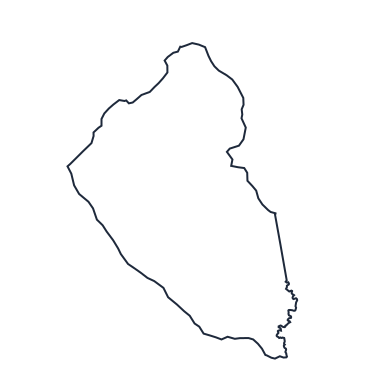 Anadiou, Paphos, Cyprus (Natural Earth projection), rotated 102°
{"feature_id": "46923920B35556705547114", "entity_name": "Anadiou", "entity_type": "district", "adm_level": 2, "iso_a3": "CYP", "parent_name": "Cyprus", "parent_adm1": "Paphos", "projection": "natural_earth1", "projection_center": [32.568, 34.955], "detail": "fine", "context": "isolated", "style": "outline", "palette": "slate", "viewbox_px": 384, "rotation_deg": 102, "n_neighbors": 0, "source": "geoboundaries", "source_scale": "gbopen_adm2", "svg_char_len": 2761}
<svg xmlns="http://www.w3.org/2000/svg" viewBox="0 0 384 384"><g transform="rotate(102 192 192)"><path d="M195.5,105.1L195.2,110.9L193.9,113.7L189.6,120.5L184.4,125.8L177.3,129.5L173.6,134.2L169.5,140.1L161.7,142.0L157.7,145.9L158.2,152.1L158.3,159.1L151.8,159.2L145.5,166.2L141.7,164.1L136.9,155.7L129.7,152.6L117.8,152.8L109.6,158.9L105.8,158.9L100.8,160.6L96.0,159.7L89.3,161.4L79.7,169.2L73.6,176.0L70.6,182.4L67.7,191.0L64.4,196.2L60.1,200.5L55.4,204.2L47.6,209.3L46.4,216.0L46.3,222.8L49.6,227.9L52.3,232.4L52.3,233.7L57.6,235.0L59.7,239.2L65.0,243.8L69.1,246.1L73.5,242.4L80.2,240.9L86.9,244.1L92.5,247.3L97.1,250.5L102.9,254.1L107.6,261.6L112.7,265.4L116.8,268.6L118.4,272.2L116.1,275.4L117.0,276.9L117.2,282.3L122.8,287.1L127.6,290.7L133.4,294.1L139.4,295.7L146.0,294.3L148.6,296.8L154.2,300.7L157.7,299.9L165.1,300.5L175.0,307.2L190.0,317.0L192.8,319.1L199.0,314.0L199.1,313.9L210.0,308.7L217.4,302.0L223.1,291.2L228.6,285.4L238.8,279.3L243.1,272.5L248.4,267.3L255.6,259.1L262.6,252.5L267.5,248.7L275.7,239.6L278.5,232.7L281.7,225.2L285.3,217.7L287.0,210.4L291.7,200.0L299.9,193.5L305.2,183.3L310.3,174.8L313.5,168.5L320.1,162.1L322.2,156.9L328.1,151.2L328.6,144.6L329.2,138.3L330.1,132.5L326.2,127.1L326.7,119.6L325.0,114.8L323.1,106.3L323.5,101.5L326.7,96.0L330.7,91.0L336.2,86.3L336.2,85.2L337.6,79.9L337.7,76.2L334.4,71.9L334.9,68.0L334.1,65.3L333.3,64.9L333.0,65.1L331.9,65.6L331.2,66.0L330.2,66.3L329.9,66.6L329.4,67.2L328.8,67.4L328.3,67.3L327.4,67.2L326.5,67.2L325.7,67.6L325.5,68.3L325.2,69.0L324.3,69.8L323.4,70.2L322.8,70.2L322.0,69.5L321.4,70.3L321.1,70.4L320.9,70.5L320.6,70.5L320.2,70.5L319.3,70.2L318.6,70.3L317.5,70.7L316.5,71.1L315.9,71.3L315.6,71.5L315.6,73.3L316.0,73.6L316.2,74.2L315.9,75.2L316.1,75.6L316.5,75.9L316.7,76.4L316.0,77.3L315.6,78.7L315.2,79.2L314.6,79.4L314.0,79.3L313.1,78.9L312.6,78.5L312.1,78.2L311.5,78.3L310.9,78.9L310.1,79.1L309.8,78.9L309.1,77.7L309.1,76.1L307.4,76.7L306.4,78.0L306.3,79.1L306.0,79.2L305.4,79.3L305.1,78.9L304.7,78.4L304.2,77.7L304.3,76.7L304.9,75.7L305.1,74.4L304.9,73.2L304.1,72.7L303.8,72.9L303.4,72.9L302.3,71.7L301.6,71.3L300.2,70.4L298.9,68.9L298.1,69.7L298.1,70.7L297.6,71.7L296.8,71.8L295.3,70.8L294.5,69.0L293.7,69.0L293.1,69.3L292.4,71.6L291.2,72.3L289.8,72.4L287.9,73.1L287.4,72.9L287.0,71.7L286.8,69.3L287.0,67.9L286.8,66.8L286.1,66.3L283.6,66.1L282.2,67.0L280.6,67.1L278.7,67.2L277.8,67.1L276.1,66.6L275.0,67.0L274.3,68.2L275.6,70.3L275.4,71.0L275.0,71.4L274.3,71.7L272.9,71.5L271.7,70.7L271.4,71.3L271.1,72.5L270.5,73.3L270.2,73.5L269.7,73.6L268.4,73.4L268.0,73.5L267.8,74.3L269.1,76.2L267.2,79.9L265.4,79.4L263.9,79.7L262.3,78.1L261.3,78.2L260.3,79.1L260.9,80.3L260.3,81.7L258.7,81.0L225.2,94.5L196.1,106.4L195.5,105.1Z" fill="none" stroke="#1e293b" stroke-width="2"/></g></svg>